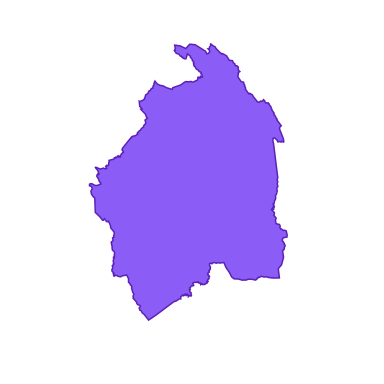 the district of Manorhamilton Lea-6, Leitrim, Ireland, rotated 49°
{"feature_id": "5873133B72319523044240", "entity_name": "Manorhamilton Lea-6", "entity_type": "district", "adm_level": 2, "iso_a3": "IRL", "parent_name": "Ireland", "parent_adm1": "Leitrim", "projection": "equal_earth", "projection_center": [-8.199, 54.289], "detail": "fine", "context": "isolated", "style": "filled", "palette": "violet", "viewbox_px": 384, "rotation_deg": 49, "n_neighbors": 0, "source": "geoboundaries", "source_scale": "gbopen_adm2", "svg_char_len": 6006}
<svg xmlns="http://www.w3.org/2000/svg" viewBox="0 0 384 384"><g transform="rotate(49 192 192)"><path d="M314.2,182.4L306.5,177.2L305.7,172.2L301.2,165.6L295.9,162.3L295.7,159.9L294.4,158.7L293.9,157.2L293.1,156.6L291.5,156.6L291.4,156.1L289.1,155.7L288.7,156.0L287.3,155.3L286.4,153.2L288.3,149.9L286.9,148.4L283.2,146.4L281.6,147.2L280.7,148.4L278.5,148.8L278.4,149.2L276.5,149.0L275.6,147.8L273.9,147.3L271.1,149.3L268.2,147.7L266.9,145.6L263.1,145.5L262.8,144.4L261.5,143.3L257.8,143.6L258.2,142.7L257.6,143.0L257.2,142.6L258.5,141.8L257.9,141.0L256.9,141.0L257.4,140.2L256.3,139.9L256.6,139.2L254.3,138.8L254.7,137.9L252.6,135.1L252.5,134.1L251.2,132.5L249.6,131.6L249.1,129.8L247.0,126.9L244.6,125.4L244.2,123.6L241.6,122.2L240.6,120.6L238.5,119.6L237.5,117.9L208.8,98.6L206.3,97.4L204.7,95.4L205.4,94.2L208.3,93.8L210.6,94.3L211.5,92.6L212.8,92.0L212.6,91.1L214.4,90.1L213.4,89.0L211.2,87.9L201.9,84.6L200.6,83.1L200.6,81.2L193.2,80.6L192.8,79.9L192.1,80.1L188.3,79.1L187.6,79.5L186.9,79.3L186.4,78.3L182.4,77.9L182.0,77.4L180.4,77.2L179.6,76.5L177.3,76.5L176.4,76.0L176.2,76.2L174.7,76.0L173.1,77.9L170.8,77.6L170.7,77.3L169.2,77.5L169.6,78.7L169.5,79.6L168.4,80.6L168.2,82.6L167.0,83.4L160.7,83.2L158.1,82.7L155.4,83.7L155.6,84.3L155.0,84.7L149.5,84.2L148.4,83.2L146.6,82.8L146.0,82.1L144.7,82.0L143.3,81.1L142.4,81.3L142.1,81.8L140.8,82.5L135.1,81.8L133.1,79.3L132.4,79.0L132.1,78.0L132.5,77.5L132.5,76.9L131.6,77.1L129.5,76.6L128.1,75.1L126.1,75.3L125.6,76.1L124.6,76.3L123.6,75.6L121.6,76.0L119.4,75.3L117.1,77.4L111.9,76.6L109.2,77.5L107.7,78.2L108.0,78.4L107.5,78.8L105.3,79.4L99.5,79.7L97.6,79.3L95.4,80.2L92.6,80.6L92.5,80.9L93.8,82.0L94.2,83.9L95.0,84.6L95.0,85.3L94.5,86.0L96.7,85.9L98.0,87.0L98.0,88.9L97.5,90.2L94.7,89.4L82.9,93.0L79.0,96.7L79.6,102.6L73.9,105.1L69.8,108.7L72.8,110.5L73.2,111.5L73.9,111.8L73.7,112.5L74.3,112.6L76.9,112.9L79.6,111.5L82.0,111.6L82.5,111.0L83.3,111.2L83.5,110.7L84.1,110.6L84.7,111.0L86.5,110.3L87.5,109.2L84.8,104.8L88.4,104.1L89.2,104.8L91.8,104.8L93.3,105.6L94.3,105.2L95.6,105.9L95.6,106.3L96.2,106.2L96.9,107.2L97.7,107.2L98.0,107.7L98.9,107.8L99.3,107.4L102.0,108.1L104.5,107.2L105.3,107.6L106.0,107.5L107.4,106.7L108.5,107.0L108.6,107.7L110.2,107.7L112.0,108.5L112.1,109.0L111.5,109.5L110.2,109.6L110.2,109.9L111.3,111.0L110.8,111.6L109.6,111.7L109.3,112.4L111.1,114.3L109.8,118.8L109.3,119.6L107.8,120.3L106.9,121.9L104.6,124.2L104.0,127.2L103.9,130.0L100.7,138.0L101.5,139.7L96.6,142.8L92.8,144.2L90.4,146.3L87.1,147.4L84.0,147.2L85.1,149.5L86.3,150.5L86.5,151.9L87.9,153.5L87.2,154.8L88.0,156.7L87.5,158.3L88.7,160.7L88.3,163.4L89.4,164.8L90.2,166.5L90.8,166.9L90.4,169.5L89.3,172.2L88.9,172.3L93.1,175.3L96.4,175.1L95.9,176.4L102.7,176.1L105.2,177.1L106.7,177.2L106.5,177.5L107.2,179.2L106.9,180.3L109.3,181.4L110.1,182.8L110.0,184.3L111.0,185.9L110.9,188.6L111.5,190.2L111.3,191.7L111.6,194.7L112.7,194.9L112.4,197.7L111.1,200.0L110.8,201.3L110.9,202.2L111.3,202.2L111.2,203.9L113.4,215.8L114.4,217.3L116.2,217.2L117.0,217.6L116.7,218.6L117.2,219.8L116.9,220.2L117.3,220.7L117.5,222.5L118.5,223.0L118.0,223.8L116.2,223.9L116.1,224.6L117.0,224.7L116.4,225.2L116.5,226.2L115.9,226.6L116.3,226.8L115.3,228.0L115.7,228.2L115.8,229.6L113.7,233.9L114.9,234.6L115.0,235.4L117.0,237.4L117.0,238.1L116.0,238.8L116.4,239.3L115.9,239.9L116.0,240.4L118.3,241.0L117.3,242.6L115.9,243.1L114.5,246.2L110.2,248.3L110.2,248.9L113.8,249.0L117.4,250.4L117.6,251.2L116.5,251.6L117.2,253.1L117.8,253.6L121.1,254.1L123.5,255.2L125.1,254.8L126.2,255.8L125.6,256.7L125.3,258.5L123.9,260.4L123.1,261.0L120.1,262.1L119.1,263.2L118.9,264.2L120.0,265.3L121.9,264.3L123.8,264.8L125.1,267.8L127.5,269.2L130.8,269.7L132.7,269.3L144.0,278.4L150.5,277.8L154.4,278.1L155.1,277.6L154.7,275.7L158.2,275.9L159.0,275.4L159.3,274.2L163.2,275.3L165.9,276.9L171.4,277.1L173.5,279.3L173.6,279.9L174.9,280.7L174.5,281.7L174.6,282.2L176.6,283.1L177.1,284.6L176.7,285.4L177.3,286.2L181.5,288.5L181.6,288.9L183.7,290.2L185.8,289.8L187.5,290.5L188.6,292.1L189.7,292.6L189.6,293.0L190.4,293.6L190.0,293.9L190.4,294.1L190.3,294.6L190.9,294.7L192.4,296.8L194.8,298.0L194.7,298.8L195.4,298.9L195.6,299.5L195.3,300.5L196.7,301.2L197.8,302.3L197.8,303.2L199.5,304.4L201.8,304.1L201.8,304.9L203.1,305.2L203.2,305.7L204.0,306.1L204.7,305.6L204.5,304.5L205.0,303.9L207.3,303.0L208.9,301.8L209.4,300.9L209.5,299.7L211.8,295.8L215.6,296.7L218.6,299.2L220.3,298.9L221.7,299.5L223.3,299.1L224.9,300.7L229.1,302.6L230.7,302.7L232.0,304.9L233.4,305.7L233.5,306.1L238.4,306.1L240.3,306.9L242.0,306.7L243.0,305.8L244.2,305.7L244.6,306.3L244.8,308.0L247.0,308.9L248.2,308.2L250.4,308.9L252.9,308.4L260.2,308.8L261.3,299.6L262.9,277.4L263.9,275.5L264.3,271.7L265.3,270.6L263.7,269.3L263.6,267.8L264.1,267.1L263.8,266.6L264.6,266.5L264.4,265.8L265.4,265.3L264.7,264.1L266.2,263.9L265.6,263.4L266.2,262.5L267.0,263.0L267.7,262.4L268.6,263.3L268.6,261.9L269.9,260.9L269.5,260.0L268.3,259.7L267.4,258.7L265.7,259.1L264.7,258.0L264.2,258.1L264.4,257.2L262.8,256.7L263.1,255.8L262.5,254.7L262.6,253.9L263.3,253.2L263.6,252.3L264.2,252.4L263.2,251.8L261.4,251.4L261.4,250.0L263.5,247.5L263.3,247.1L264.0,246.8L264.0,246.4L265.4,246.5L265.6,246.0L266.6,245.6L267.1,245.9L266.9,245.4L267.7,245.5L268.5,244.9L268.3,244.6L269.1,244.4L270.2,242.8L270.0,242.5L270.6,240.3L270.1,239.3L269.4,239.7L269.2,239.3L269.9,238.5L268.9,238.2L268.4,237.5L268.7,236.0L267.1,235.0L267.3,234.3L266.1,234.0L264.8,234.4L264.5,233.6L263.8,233.5L263.4,232.4L263.8,231.5L262.3,230.5L262.5,229.7L262.2,229.5L262.2,228.8L260.7,227.3L258.5,226.7L257.6,225.7L257.9,224.7L259.3,224.0L259.2,222.6L259.6,221.6L261.7,220.4L262.1,219.1L263.8,217.7L266.2,214.2L271.3,215.9L277.4,216.6L282.1,217.8L285.2,217.2L288.0,214.2L291.4,212.0L294.2,208.6L294.5,206.8L295.1,206.5L296.5,204.6L300.1,201.9L300.3,201.1L300.0,200.6L300.3,199.9L299.9,199.0L300.3,198.0L300.0,197.5L300.7,196.9L301.1,195.0L303.5,193.4L304.9,191.3L306.6,190.5L306.6,190.2L308.7,188.7L309.3,187.6L310.1,187.3L314.2,182.4Z" fill="#8b5cf6" stroke="#5b21b6" stroke-width="1.5"/></g></svg>